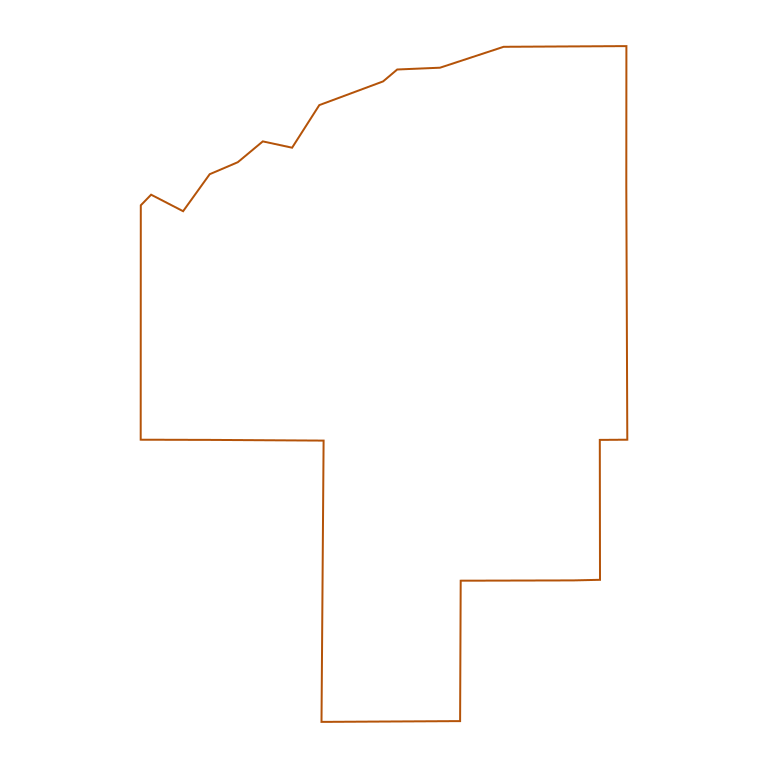 outline of Choctaw, Mississippi, United States of America
{"feature_id": "52423323B48791393763722", "entity_name": "Choctaw", "entity_type": "district", "adm_level": 2, "iso_a3": "USA", "parent_name": "United States of America", "parent_adm1": "Mississippi", "projection": "albers", "projection_center": [-89.259, 33.321], "detail": "fine", "context": "isolated", "style": "outline", "palette": "amber", "viewbox_px": 768, "rotation_deg": 0, "n_neighbors": 0, "source": "geoboundaries", "source_scale": "gbopen_adm2", "svg_char_len": 444}
<svg xmlns="http://www.w3.org/2000/svg" viewBox="0 0 768 768"><path d="M626.4,46.1L503.6,46.8L440.0,67.7L397.2,69.5L383.1,81.4L319.3,105.1L292.1,147.7L262.8,141.4L237.8,162.2L209.7,174.2L183.1,211.2L151.1,194.7L140.8,205.3L140.7,439.7L210.6,439.9L323.6,440.6L321.5,721.9L460.1,721.1L460.4,651.2L460.7,580.7L573.4,580.4L600.0,579.8L599.8,439.9L627.3,439.7L626.3,185.2L626.4,47.2L626.4,46.1Z" fill="none" stroke="#b45309" stroke-width="2"/></svg>